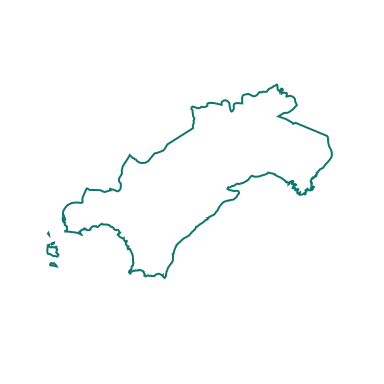 outline of Botum Sakor, Kaôh Kong, Cambodia, rotated 31°
{"feature_id": "14789045B91136996845349", "entity_name": "Botum Sakor", "entity_type": "district", "adm_level": 2, "iso_a3": "KHM", "parent_name": "Cambodia", "parent_adm1": "Kaôh Kong", "projection": "natural_earth1", "projection_center": [103.368, 11.059], "detail": "fine", "context": "isolated", "style": "outline", "palette": "teal", "viewbox_px": 384, "rotation_deg": 31, "n_neighbors": 0, "source": "geoboundaries", "source_scale": "gbopen_adm2", "svg_char_len": 6048}
<svg xmlns="http://www.w3.org/2000/svg" viewBox="0 0 384 384"><g transform="rotate(31 192 192)"><path d="M278.8,74.4L245.1,79.4L243.6,81.5L242.8,81.0L235.5,81.0L227.1,82.7L230.2,76.8L233.0,75.0L233.9,73.8L236.0,69.1L237.1,63.5L233.8,61.2L232.5,59.4L231.0,58.7L229.2,58.4L226.0,59.2L225.1,60.6L223.7,61.5L223.0,59.2L221.9,58.4L221.2,59.1L219.4,59.4L218.3,61.3L217.0,59.6L216.8,59.0L217.3,57.8L217.0,57.2L215.8,57.1L215.3,57.5L215.0,59.1L215.6,60.7L215.0,60.2L214.1,60.6L212.3,59.7L211.4,58.0L210.7,57.6L210.0,56.3L209.4,56.2L208.1,58.6L207.5,59.0L207.2,60.4L204.7,64.4L204.5,67.4L204.1,67.9L201.1,69.5L200.1,71.0L198.4,71.5L197.6,75.7L196.4,77.8L194.7,78.4L189.7,78.9L186.4,82.0L185.9,83.2L186.3,85.3L189.4,90.2L184.4,92.8L182.9,94.5L183.0,96.1L185.0,99.1L185.1,101.5L184.6,102.6L183.8,102.6L182.9,102.0L180.1,99.1L178.2,96.5L175.6,95.8L173.4,96.1L172.1,97.3L171.2,99.1L171.4,100.3L172.5,102.0L165.4,104.3L161.0,106.6L159.7,108.2L160.8,110.4L159.3,112.5L158.5,113.2L156.2,114.1L155.6,115.7L154.3,117.0L148.5,118.5L148.1,119.6L148.6,121.0L150.3,121.7L153.8,126.3L156.3,127.9L156.7,130.2L158.1,132.0L158.3,134.3L160.0,136.8L146.4,163.9L146.4,169.7L145.9,171.4L142.3,176.1L140.0,178.3L138.6,188.0L137.0,190.9L133.6,193.3L131.4,193.9L129.2,193.8L127.2,193.1L126.2,193.3L124.9,193.0L123.7,193.4L119.6,192.4L119.8,194.5L119.4,205.5L120.7,209.8L122.5,212.2L122.5,218.4L124.4,220.8L126.6,221.4L128.4,224.3L129.1,226.6L128.7,228.6L127.7,229.9L123.6,230.4L121.9,231.1L121.5,232.0L120.5,231.3L120.2,231.5L120.9,232.6L120.7,233.1L117.3,236.9L115.6,237.4L112.6,237.6L103.2,242.9L100.1,243.1L99.9,244.1L101.1,253.0L101.7,254.6L103.4,257.0L103.4,257.5L102.7,258.4L98.3,260.5L94.6,263.4L92.2,267.1L91.7,268.9L91.4,272.2L91.5,274.5L91.8,275.6L93.4,278.4L94.2,278.1L94.8,278.6L94.4,280.5L94.7,281.1L95.2,281.0L96.1,279.8L97.4,280.7L97.2,281.7L96.6,282.0L95.5,281.7L95.5,282.6L95.9,282.9L97.0,282.8L96.7,283.4L96.9,283.8L98.8,283.5L98.7,284.4L99.3,284.8L99.9,285.7L100.5,285.5L101.4,285.9L102.4,285.9L102.6,286.6L103.4,287.1L104.3,288.9L103.9,290.3L103.4,290.8L103.8,291.2L105.6,290.0L113.7,286.4L116.9,285.7L116.9,284.2L116.1,284.4L115.9,284.0L116.5,283.4L116.8,281.5L117.9,280.2L119.0,279.7L119.1,279.4L118.5,278.8L119.6,278.2L120.6,278.7L121.7,278.8L123.5,277.6L124.1,276.8L124.1,275.9L123.7,275.4L124.3,273.0L125.7,271.6L126.4,271.6L127.3,270.7L128.0,271.0L129.3,270.6L130.2,267.2L131.1,266.2L131.1,265.7L133.0,265.5L135.6,263.8L137.5,263.4L137.5,263.2L138.8,263.1L140.3,263.6L141.5,263.0L143.7,263.4L143.9,263.9L144.8,264.1L146.5,263.8L147.1,263.0L148.6,262.6L150.7,263.9L151.2,263.8L151.1,265.1L150.4,265.4L150.4,266.9L153.8,267.7L157.0,267.3L157.3,266.7L158.0,268.0L160.2,268.8L160.9,268.8L160.9,267.7L161.5,267.7L161.6,269.9L162.2,270.9L164.5,271.6L164.9,272.0L165.3,271.4L165.7,271.5L165.4,272.8L166.5,274.0L167.9,272.8L172.5,275.7L174.4,277.6L177.4,282.1L178.2,282.7L178.0,283.0L179.2,285.5L178.8,286.0L178.8,287.2L179.9,289.6L179.7,290.4L179.1,290.9L179.1,292.6L179.4,293.3L180.6,293.8L181.1,293.8L181.1,291.7L182.8,289.2L183.5,289.1L183.8,288.5L186.3,287.0L186.5,286.1L187.0,285.8L190.1,285.1L191.8,285.3L192.0,286.0L193.8,286.7L194.2,288.3L195.8,288.2L197.2,286.1L198.9,285.8L199.9,284.9L201.1,284.6L203.1,283.3L203.4,281.6L205.2,279.4L206.6,278.9L209.6,278.9L209.8,278.2L210.4,279.3L212.8,279.8L213.0,277.8L211.1,273.3L211.2,272.1L210.5,270.0L210.7,265.1L211.1,263.6L211.0,260.8L208.4,256.2L207.5,255.3L208.0,255.0L207.9,254.4L206.6,249.7L206.1,245.1L206.5,244.7L206.6,242.8L207.0,242.1L208.6,236.5L211.9,230.8L212.4,227.2L213.7,222.7L213.7,221.0L213.4,219.8L214.0,219.5L215.5,215.5L216.9,213.0L218.3,208.7L219.4,207.5L219.4,206.1L219.0,206.1L219.6,205.5L219.6,204.6L222.6,200.0L223.0,197.4L222.8,196.6L223.3,195.6L223.1,191.1L223.4,187.4L224.3,184.2L227.1,180.9L227.5,180.9L228.8,179.3L231.5,177.1L232.8,173.3L232.6,171.4L233.0,168.8L231.6,167.5L230.2,167.6L227.3,169.6L222.3,171.2L220.7,171.0L220.5,169.5L222.0,168.6L223.3,166.3L224.6,165.2L226.4,161.6L228.4,160.8L231.3,157.6L233.4,153.9L234.0,152.0L234.4,148.5L235.1,147.1L237.7,146.7L240.8,144.8L246.8,138.1L247.2,136.2L253.0,134.2L253.6,134.1L253.9,134.6L255.2,134.3L256.3,134.6L260.7,133.9L266.5,134.4L266.7,135.0L267.4,135.2L268.5,134.9L268.7,134.3L270.3,134.7L270.8,135.8L271.2,134.7L270.7,133.1L270.8,132.6L271.7,132.0L272.1,130.9L273.1,130.6L273.6,131.0L273.1,133.2L273.6,133.6L276.5,132.0L277.5,132.1L277.3,133.2L276.1,133.6L275.8,134.2L276.3,136.9L276.9,136.7L277.7,135.5L278.1,135.5L278.9,135.8L279.4,137.3L279.7,137.3L281.2,134.8L282.0,135.5L281.6,136.9L282.8,138.7L283.2,138.9L283.6,138.5L284.8,136.6L285.0,137.0L284.9,138.3L285.2,139.0L285.6,139.0L287.2,138.0L288.4,136.4L290.3,135.7L290.4,135.3L288.9,135.1L289.8,133.1L288.4,132.2L288.4,131.9L289.6,131.5L289.2,129.7L289.4,129.6L290.2,130.4L291.4,130.3L292.5,129.8L293.7,128.6L293.4,128.2L294.0,127.6L294.0,127.2L292.0,128.0L291.8,127.7L292.1,126.7L293.3,126.5L293.9,125.0L291.0,125.2L290.4,123.0L289.8,123.3L288.8,122.3L289.0,121.7L288.8,121.5L288.0,121.3L287.8,119.2L287.9,118.2L288.4,118.6L288.7,118.2L288.7,117.0L289.1,117.0L289.6,115.2L289.2,114.6L289.4,113.9L290.1,114.7L290.3,114.5L289.8,113.7L290.0,113.0L289.7,112.2L288.9,111.2L289.8,110.2L289.6,109.5L290.1,106.5L291.9,103.8L292.2,99.7L293.3,94.7L293.6,90.6L293.4,89.6L291.7,86.3L288.9,83.9L286.0,82.2L283.5,79.7L280.7,75.7L279.6,74.6L278.8,74.4ZM105.1,310.6L104.6,310.2L104.1,308.8L103.7,308.8L102.2,310.7L100.6,311.1L99.2,312.4L97.6,312.3L97.0,311.4L96.7,311.9L96.5,311.0L95.8,311.8L98.2,316.9L99.3,318.4L100.7,319.3L102.5,318.3L106.3,318.3L107.2,317.5L109.6,317.0L110.0,315.9L109.8,314.5L109.4,314.2L108.8,314.5L107.9,313.8L106.8,313.9L106.2,311.9L106.3,311.0L105.9,310.5L105.1,310.6ZM111.7,324.7L110.7,324.0L108.7,325.4L108.1,325.3L107.7,325.6L107.7,327.3L108.7,327.8L111.9,326.1L112.9,326.1L114.4,325.5L112.7,324.7L111.7,324.7ZM98.9,309.3L100.2,307.0L99.8,306.4L98.3,308.2L98.4,309.1L98.9,309.3ZM91.5,302.4L90.8,301.6L90.0,301.0L90.0,301.9L91.5,302.4ZM119.2,285.5L118.7,285.2L117.9,285.4L118.5,285.7L119.2,285.5Z" fill="none" stroke="#0f766e" stroke-width="2"/></g></svg>